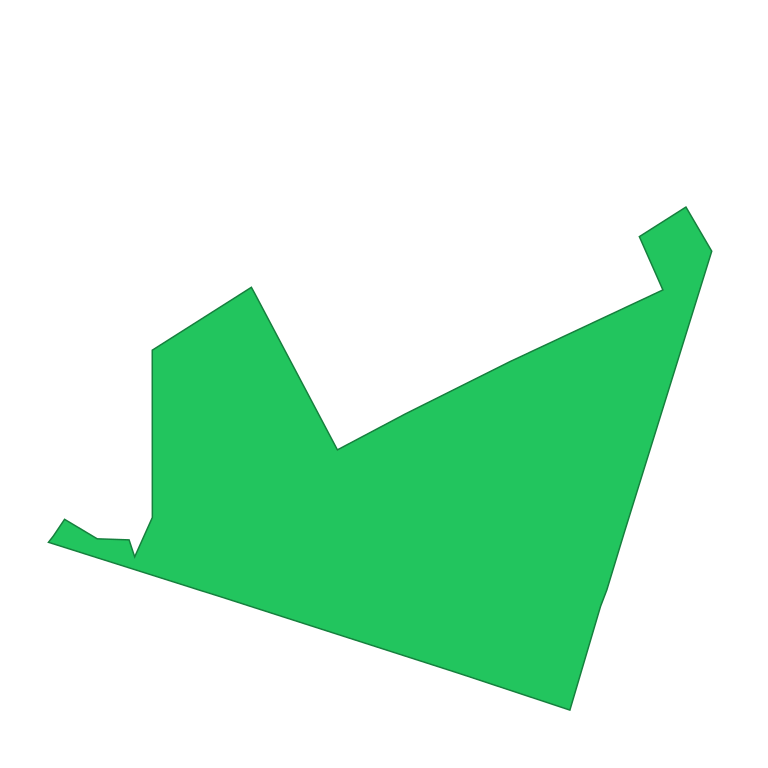 the district of St. Francois, Missouri, United States of America, rotated 287°
{"feature_id": "52423323B29286377635453", "entity_name": "St. Francois", "entity_type": "district", "adm_level": 2, "iso_a3": "USA", "parent_name": "United States of America", "parent_adm1": "Missouri", "projection": "equal_earth", "projection_center": [-90.477, 37.859], "detail": "fine", "context": "isolated", "style": "filled", "palette": "green", "viewbox_px": 768, "rotation_deg": 287, "n_neighbors": 0, "source": "geoboundaries", "source_scale": "gbopen_adm2", "svg_char_len": 471}
<svg xmlns="http://www.w3.org/2000/svg" viewBox="0 0 768 768"><g transform="rotate(287 384 384)"><path d="M129.2,540.8L126.5,657.1L234.7,656.1L252.2,657.3L312.7,657.2L606.8,658.6L641.5,621.0L599.6,585.1L555.5,623.2L442.4,498.1L361.7,413.2L307.4,358.7L432.4,234.3L437.7,228.9L348.6,152.5L188.6,201.5L145.8,196.1L160.4,185.8L152.1,155.0L161.2,118.1L142.1,112.3L134.5,109.4L132.9,269.0L132.8,287.0L129.2,540.8Z" fill="#22c55e" stroke="#15803d" stroke-width="1.5"/></g></svg>